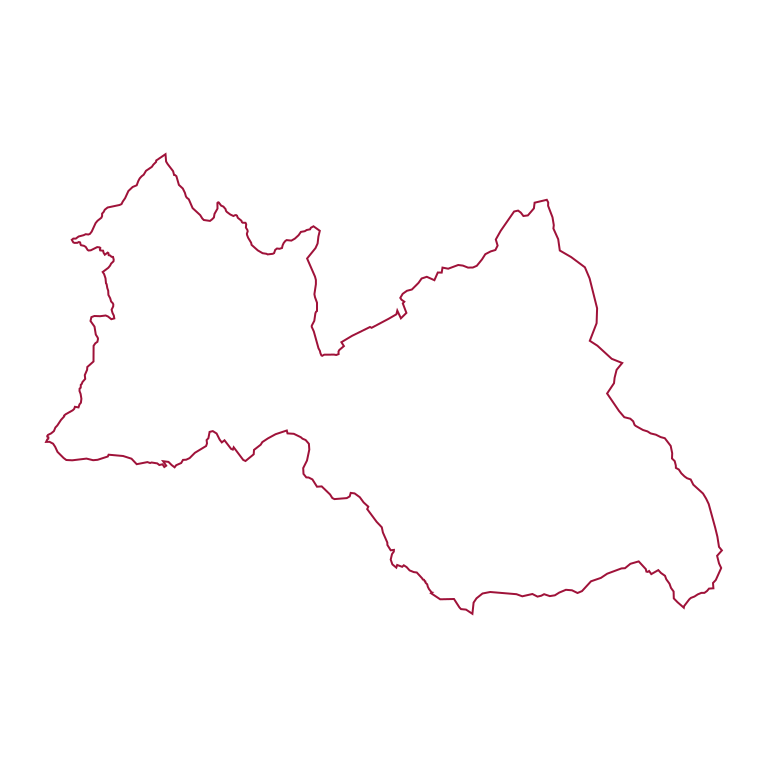 Suici, Arges, Romania (Albers equal-area conic projection)
{"feature_id": "2599482B28587086561984", "entity_name": "Suici", "entity_type": "district", "adm_level": 2, "iso_a3": "ROU", "parent_name": "Romania", "parent_adm1": "Arges", "projection": "albers", "projection_center": [24.509, 45.248], "detail": "fine", "context": "isolated", "style": "outline", "palette": "rose", "viewbox_px": 768, "rotation_deg": 0, "n_neighbors": 0, "source": "geoboundaries", "source_scale": "gbopen_adm2", "svg_char_len": 6046}
<svg xmlns="http://www.w3.org/2000/svg" viewBox="0 0 768 768"><path d="M708.7,504.0L706.1,498.6L703.0,493.5L693.3,484.7L690.7,479.5L687.0,478.2L684.5,476.4L681.3,473.3L678.8,469.5L675.9,467.9L675.8,465.4L674.7,461.1L672.0,458.5L672.2,453.2L670.7,445.9L664.8,438.2L660.7,437.1L655.9,434.7L650.6,433.4L647.5,431.4L643.0,430.0L635.5,425.8L634.5,424.8L633.2,421.3L630.3,418.7L624.3,417.2L619.1,411.1L607.1,393.5L614.0,383.2L614.6,377.8L616.6,369.8L622.2,363.0L611.7,358.8L597.4,345.7L589.8,340.8L596.6,323.2L597.1,308.3L589.6,278.4L584.9,267.3L571.2,257.1L559.8,250.5L558.2,239.2L553.4,228.5L553.8,225.2L552.5,217.3L548.1,205.8L548.2,202.4L546.8,199.8L534.6,202.7L533.9,208.4L527.9,215.4L523.4,216.0L520.8,212.6L518.1,210.6L514.1,211.5L500.7,230.8L495.8,239.5L497.6,245.6L495.4,250.0L490.7,251.4L485.3,254.2L482.0,259.4L476.8,265.8L472.9,267.5L468.0,267.6L462.9,265.6L458.2,265.0L448.2,268.7L442.5,267.6L441.7,272.6L437.8,272.5L434.4,280.2L426.8,276.8L421.6,278.5L418.5,282.9L411.9,289.5L406.9,290.8L402.7,293.8L400.3,297.9L401.5,299.7L404.3,301.7L402.8,303.4L406.4,312.9L400.9,318.3L397.3,310.6L396.4,314.3L388.6,318.8L371.6,327.8L370.0,327.0L352.1,335.8L341.4,342.2L343.9,346.1L339.3,350.0L338.5,351.5L338.6,354.1L336.2,355.0L334.1,354.6L324.2,354.7L322.2,355.8L321.4,355.4L320.4,353.1L319.9,350.9L318.5,348.3L313.8,331.4L311.7,326.8L311.8,325.6L314.3,320.8L315.4,313.2L316.1,311.7L317.0,311.0L317.0,302.7L315.0,297.2L314.4,294.2L315.9,284.2L315.9,280.0L315.0,276.6L307.1,258.5L315.5,248.1L317.6,243.5L318.4,236.6L319.8,230.8L313.5,226.3L310.8,227.8L310.1,229.3L306.7,230.0L304.8,231.2L300.9,231.9L298.6,235.2L294.9,238.6L291.4,240.6L286.6,240.1L285.3,241.0L283.7,243.0L282.6,245.4L282.0,248.0L279.5,248.8L277.0,248.5L275.2,249.9L274.1,253.1L272.8,253.8L267.6,254.4L266.5,253.8L262.6,253.2L257.8,250.4L251.6,244.9L251.1,242.7L248.1,237.7L247.0,234.8L246.9,233.6L247.7,231.3L247.4,230.0L245.9,227.6L246.2,224.3L245.5,222.8L242.6,222.7L241.9,222.1L241.4,220.7L237.8,217.8L237.0,215.7L236.1,215.1L235.3,215.1L233.4,216.0L230.3,214.5L226.8,211.9L225.9,210.7L225.6,209.2L223.4,206.6L221.1,205.6L218.8,202.5L218.2,202.3L217.4,203.0L217.5,208.6L214.5,213.9L213.9,217.5L212.0,219.4L210.0,220.9L203.8,220.0L202.3,218.5L200.2,215.1L192.6,208.1L188.8,199.3L186.7,197.6L185.9,196.3L184.9,192.8L182.8,188.5L178.9,184.9L176.4,176.2L175.1,175.1L174.1,175.0L173.1,171.2L167.6,164.0L166.1,161.5L165.5,154.2L156.2,160.5L156.1,161.9L153.3,164.7L151.9,166.8L146.0,170.8L143.7,174.7L141.6,176.3L139.7,178.4L138.3,181.0L136.7,185.3L132.6,187.0L128.4,191.0L125.1,198.2L122.8,201.5L121.5,204.1L119.5,205.0L107.6,207.5L104.8,209.7L103.6,212.0L102.1,213.6L102.1,216.0L101.4,217.7L97.5,220.8L95.6,223.1L91.7,231.6L89.9,233.9L88.4,234.5L85.7,234.2L83.6,235.2L78.6,236.5L75.8,238.6L73.3,238.6L71.8,239.8L73.3,242.4L74.5,242.9L77.5,242.8L78.5,242.1L79.8,242.2L80.2,242.7L80.5,244.3L81.0,245.2L83.9,245.8L85.7,246.9L87.6,249.9L88.5,250.5L90.8,250.3L97.2,247.1L99.6,247.4L100.3,247.9L99.9,249.7L100.2,250.4L103.1,250.7L103.6,252.8L104.8,254.7L107.7,252.6L108.4,253.1L108.7,255.2L110.2,255.5L111.5,256.8L113.0,256.9L113.7,259.6L113.5,261.3L111.1,263.6L110.1,265.6L108.3,267.8L102.7,272.0L104.1,274.1L105.5,278.3L106.0,283.4L106.6,284.1L107.3,288.1L108.2,290.7L108.4,294.9L110.2,298.3L111.1,301.5L112.7,303.1L113.3,304.3L113.2,306.4L111.6,309.7L112.5,312.9L113.8,315.5L114.3,318.4L111.3,319.2L108.0,316.5L105.7,315.5L100.1,316.2L94.4,316.0L91.4,317.1L90.5,321.0L94.5,326.6L95.8,334.6L97.7,337.6L98.0,338.9L97.4,341.8L95.3,343.3L93.6,345.8L93.5,361.5L87.3,367.0L87.1,369.8L84.8,375.1L85.2,378.9L82.5,382.0L81.7,384.0L80.8,384.8L80.7,387.7L79.6,388.6L79.5,391.0L80.6,393.9L81.4,398.8L80.9,402.7L79.5,404.4L78.5,407.4L74.9,406.8L74.2,408.9L72.7,410.3L65.6,414.3L64.1,415.6L64.2,416.4L61.0,419.9L57.3,425.5L55.4,427.5L53.9,431.1L51.1,433.4L48.0,434.9L47.2,436.1L47.3,436.7L48.4,437.3L48.3,438.7L47.3,439.4L46.1,441.9L49.5,441.8L53.1,443.7L55.2,446.9L57.5,451.9L63.6,458.0L66.3,460.0L72.3,460.3L86.5,458.6L93.1,460.2L97.6,459.8L107.8,456.5L108.6,454.7L123.1,456.0L131.5,458.7L136.7,464.2L147.4,462.1L150.1,463.0L151.6,462.5L157.3,463.4L159.3,465.0L162.5,464.3L164.3,467.0L166.2,465.7L163.1,461.2L168.5,461.9L171.7,465.1L174.6,467.3L176.2,465.2L181.2,463.0L183.0,459.9L186.2,459.7L189.6,458.1L194.9,452.8L206.1,446.0L207.0,443.4L206.6,440.1L208.4,438.2L209.6,431.9L212.8,431.1L216.6,433.5L219.7,439.7L221.8,442.4L224.5,440.3L231.1,448.9L232.8,449.6L233.7,447.3L243.2,459.9L245.5,461.0L253.7,454.3L254.0,449.9L260.7,444.7L262.3,442.1L267.9,438.4L275.6,434.2L286.8,430.5L287.5,433.4L293.8,433.8L300.8,437.2L302.5,438.7L305.6,440.0L308.9,443.8L309.3,449.6L307.0,460.5L303.2,468.1L303.5,473.9L306.3,477.4L308.6,477.5L312.4,479.4L317.0,486.7L321.7,486.4L330.1,494.5L332.3,498.0L334.4,499.1L346.8,498.1L349.7,496.4L350.7,492.9L354.6,493.4L359.8,497.2L363.6,502.4L368.3,506.7L367.2,509.1L376.6,521.8L381.8,527.3L382.9,532.5L387.3,542.5L387.4,545.0L390.7,550.3L393.9,549.9L393.8,551.6L392.0,554.1L390.7,559.6L392.4,564.4L396.3,567.6L397.2,565.0L402.2,566.8L403.8,565.3L406.6,567.1L409.6,570.4L413.8,572.1L416.8,572.5L422.2,578.4L422.8,579.5L424.0,579.8L424.8,581.4L425.3,581.4L425.7,582.9L427.2,584.3L427.8,586.7L429.0,589.1L431.6,592.4L432.0,592.5L431.0,593.2L440.2,599.3L454.0,599.0L459.4,607.4L461.0,609.1L466.0,609.6L472.4,613.8L473.6,602.6L476.5,598.3L482.5,593.5L490.2,592.0L516.5,594.2L522.3,596.3L532.4,594.0L537.5,596.6L541.3,595.7L544.1,594.2L549.8,596.1L554.9,595.3L559.2,592.6L565.9,589.8L572.0,590.3L577.5,593.0L582.0,591.1L591.0,581.3L600.9,577.9L607.2,573.7L621.5,568.4L625.0,568.2L630.4,563.8L638.7,561.4L645.8,569.1L646.4,571.6L647.8,571.9L649.1,571.0L651.3,574.1L658.3,570.1L661.0,573.0L665.0,575.8L666.3,579.3L669.5,583.7L671.0,587.9L673.6,591.5L673.8,598.4L677.5,602.2L683.8,607.7L684.1,606.1L689.3,599.3L690.9,597.9L694.5,596.5L697.7,594.4L701.3,592.9L704.4,592.9L707.0,591.0L709.0,588.6L713.4,588.3L713.0,583.0L715.8,580.0L721.2,568.0L719.0,563.4L717.1,555.8L721.9,550.4L719.0,546.9L717.4,536.7L715.2,527.7L708.7,504.0Z" fill="none" stroke="#9f1239" stroke-width="2"/></svg>